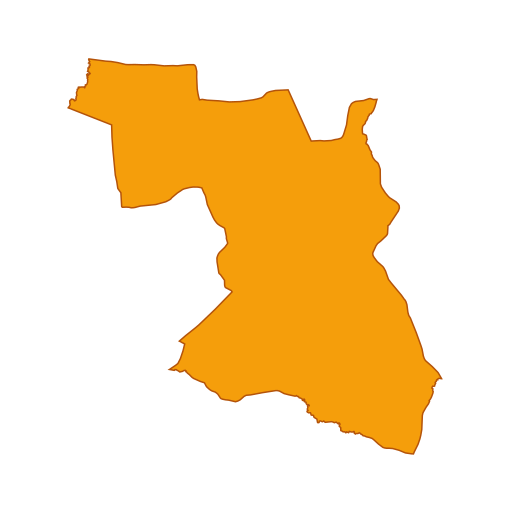 the district of Mueang Roi Et, Roi Et, Thailand, rotated 355°
{"feature_id": "78962969B98295189925556", "entity_name": "Mueang Roi Et", "entity_type": "district", "adm_level": 2, "iso_a3": "THA", "parent_name": "Thailand", "parent_adm1": "Roi Et", "projection": "orthographic", "projection_center": [103.568, 16.014], "detail": "fine", "context": "isolated", "style": "filled", "palette": "amber", "viewbox_px": 512, "rotation_deg": 355, "n_neighbors": 0, "source": "geoboundaries", "source_scale": "gbopen_adm2", "svg_char_len": 6024}
<svg xmlns="http://www.w3.org/2000/svg" viewBox="0 0 512 512"><g transform="rotate(355 256 256)"><path d="M430.2,394.4L427.3,388.2L426.5,387.1L422.0,381.6L416.0,375.3L415.2,374.1L414.6,372.6L414.0,370.2L413.3,363.2L412.5,359.7L409.0,346.5L406.0,336.6L404.4,331.3L403.0,328.5L402.4,325.2L402.1,317.7L401.4,314.6L400.7,313.0L399.9,312.0L397.6,308.0L388.1,294.3L385.9,290.8L383.7,282.2L382.0,278.4L381.0,277.1L376.3,272.2L373.5,267.7L372.6,265.6L372.5,263.9L372.7,262.9L376.5,256.2L378.2,254.2L381.8,251.8L387.8,247.0L388.7,245.8L389.0,245.0L390.0,238.2L389.9,237.5L392.0,236.0L393.4,234.0L401.7,223.6L403.0,220.8L403.0,218.4L402.3,216.8L400.3,214.3L394.2,209.6L392.9,208.1L390.3,204.4L387.1,198.4L386.2,195.0L387.3,180.4L386.3,176.2L385.7,174.4L385.1,173.5L383.2,171.6L382.2,170.2L380.8,167.8L380.4,165.7L379.8,164.4L380.1,162.5L378.8,160.2L377.5,156.0L376.3,154.2L375.9,154.2L375.4,153.7L375.4,152.9L376.1,151.5L376.4,150.1L376.9,149.7L376.7,149.0L376.8,148.2L376.5,147.5L376.6,146.3L376.3,145.3L374.1,144.0L373.1,143.7L372.8,143.0L372.9,139.0L373.5,136.2L374.3,135.2L376.2,133.6L376.8,132.2L376.9,131.5L378.0,130.7L379.2,128.6L379.7,127.0L381.1,125.5L381.2,124.7L381.6,124.5L383.3,124.2L383.7,123.3L384.4,122.8L385.6,121.3L387.4,117.8L389.1,113.4L389.2,112.8L390.2,110.5L386.7,110.4L383.6,109.1L382.4,109.1L376.8,110.5L368.6,110.7L366.2,111.5L364.4,112.6L362.0,116.1L359.6,124.3L357.6,133.3L354.4,141.3L353.5,143.3L352.6,144.6L351.7,145.5L350.7,146.1L347.8,146.7L344.8,146.9L341.1,147.5L333.8,147.3L330.0,146.6L321.0,146.3L302.5,93.3L289.9,92.8L285.3,93.3L283.5,93.6L281.3,94.3L280.5,94.8L276.8,98.1L275.1,98.9L270.7,99.7L266.6,100.2L253.6,100.8L242.9,100.2L232.5,98.2L220.9,96.5L216.1,95.3L213.3,95.5L212.7,92.2L212.3,88.9L212.0,84.4L212.5,72.5L213.1,66.9L212.5,62.4L211.7,60.7L210.6,60.0L204.7,59.5L194.2,59.7L189.9,59.1L181.1,58.6L171.2,56.6L168.1,56.2L161.0,55.8L151.9,54.7L146.0,54.3L142.9,53.9L135.2,51.3L128.5,49.6L123.3,48.8L106.7,45.1L106.5,45.6L106.9,45.9L106.6,46.6L107.3,48.0L106.1,49.1L106.5,49.3L106.5,49.9L107.2,50.0L107.5,51.3L107.1,52.0L106.2,52.4L106.4,53.5L106.0,53.6L105.7,54.1L105.0,54.1L104.9,56.3L104.3,57.3L105.4,58.0L105.7,58.8L106.5,59.4L106.7,59.8L106.5,60.0L105.8,59.9L105.4,60.7L104.8,60.9L104.3,60.7L104.4,60.1L104.2,59.8L103.6,60.2L103.1,60.8L103.3,61.2L104.2,61.7L103.4,62.2L104.1,63.2L103.2,63.9L103.8,65.3L103.5,66.5L103.5,67.9L102.6,70.0L102.1,70.5L101.0,70.7L101.1,71.7L100.3,72.1L100.2,72.6L100.3,72.9L100.0,73.4L99.2,72.7L98.9,72.6L96.6,72.4L95.2,72.5L94.4,72.2L93.6,72.5L93.9,73.6L92.4,74.4L92.4,75.6L91.4,77.5L91.4,79.4L91.6,80.4L90.8,81.4L90.8,82.2L90.3,83.2L90.5,84.0L90.0,85.2L89.6,85.4L88.7,85.6L88.4,85.2L88.3,84.3L86.8,83.8L85.7,83.6L85.0,84.5L84.4,84.8L83.9,85.4L84.0,86.6L83.8,87.4L84.2,88.5L83.6,90.0L82.6,91.2L82.0,91.6L81.8,92.0L123.6,112.8L122.9,125.0L122.7,137.8L122.9,163.2L123.8,169.8L124.2,176.4L124.4,177.0L126.9,181.2L126.5,195.0L126.7,195.4L127.1,195.8L131.2,196.0L133.8,196.4L135.8,197.1L137.8,197.2L139.7,197.1L144.9,196.2L160.7,196.0L170.9,194.1L174.1,192.8L175.9,191.9L177.3,190.5L183.1,186.4L188.8,183.3L190.5,182.8L195.7,182.0L199.4,181.8L204.2,182.3L206.4,182.9L208.0,183.5L209.5,188.2L210.7,191.1L211.1,192.9L212.0,200.5L216.5,213.5L217.8,216.5L219.6,219.5L220.8,220.9L222.7,222.5L226.6,225.1L227.2,225.9L227.3,226.5L228.2,234.1L228.0,236.1L228.9,240.6L228.7,241.2L225.7,244.6L220.0,249.2L218.6,250.9L217.6,252.8L216.9,254.6L216.7,258.4L217.5,269.6L217.8,270.3L219.0,271.5L222.5,277.4L222.2,282.3L222.4,283.9L222.9,284.8L228.2,288.2L229.0,289.4L229.0,289.7L210.6,305.6L192.9,319.8L189.2,322.4L179.1,329.1L172.2,334.1L177.3,337.4L175.0,344.2L171.7,351.7L168.8,356.3L166.4,357.9L159.9,361.5L164.6,362.8L165.1,362.6L165.3,362.1L166.8,362.3L167.4,363.0L168.4,363.5L170.0,364.9L172.8,364.5L174.2,363.8L175.5,363.7L175.7,364.3L176.3,364.5L176.1,364.9L176.2,365.3L176.9,365.7L177.4,366.6L179.3,368.4L181.6,371.2L183.1,372.5L189.6,376.1L193.6,377.8L195.0,381.2L195.6,382.2L197.6,384.4L198.8,385.5L200.2,386.5L203.5,388.0L204.9,389.2L206.0,390.4L208.1,394.3L208.8,395.1L210.4,395.8L213.1,396.6L216.2,397.2L222.9,399.4L225.3,398.9L227.7,397.9L231.9,394.8L234.1,393.9L238.4,393.9L250.6,392.7L264.0,391.8L265.8,392.0L267.6,392.6L272.0,395.5L276.5,397.1L282.6,399.0L283.2,399.0L284.2,398.6L284.9,399.5L286.0,399.7L286.7,401.0L288.0,401.4L289.7,402.7L289.6,403.6L289.8,403.9L290.8,403.8L291.3,402.8L291.7,402.9L292.0,403.7L291.8,404.4L291.3,404.8L291.4,405.2L292.0,405.6L293.1,406.0L293.2,406.3L293.1,407.4L293.9,408.6L295.3,408.7L296.0,409.4L295.9,409.7L295.4,409.4L294.3,410.1L294.5,411.4L293.7,413.0L294.4,414.3L293.3,415.0L293.3,415.5L293.5,415.9L294.7,416.8L296.5,416.9L296.8,417.4L297.0,419.0L297.2,419.3L298.9,419.6L299.4,419.9L299.6,421.3L299.9,421.9L302.1,423.5L302.5,423.9L302.7,426.3L302.8,427.1L303.2,427.5L304.2,427.4L304.4,427.2L304.8,426.0L305.8,425.9L307.6,426.9L308.1,426.8L309.1,426.3L310.4,427.7L316.8,427.6L318.2,428.1L319.5,428.9L321.4,428.5L323.3,430.4L323.8,429.6L324.3,429.6L324.7,430.0L325.0,430.9L324.2,432.3L324.1,432.9L325.4,434.3L325.3,437.3L326.0,437.6L327.5,438.8L328.8,438.8L329.4,439.2L330.0,439.9L330.4,439.8L330.5,439.3L330.9,439.1L332.8,440.1L333.0,440.0L333.6,438.9L333.9,438.9L335.4,439.6L337.4,439.8L337.8,439.4L338.3,439.4L338.7,440.1L338.5,441.1L339.5,442.0L340.3,441.6L342.1,441.7L343.5,441.1L343.9,441.5L344.8,442.0L345.1,442.8L346.3,443.3L347.0,444.4L348.4,444.7L350.1,445.7L353.2,446.7L355.8,447.9L357.3,449.3L361.7,454.1L365.7,457.7L367.3,458.4L369.4,458.9L371.8,459.1L375.4,459.7L381.6,462.0L387.7,465.2L393.6,466.6L395.6,466.9L396.5,465.1L401.0,457.7L403.3,452.5L404.5,449.0L406.0,443.4L407.8,429.4L408.6,426.9L409.4,425.6L412.3,421.4L414.9,418.3L416.2,415.9L415.9,415.1L417.3,413.7L418.5,411.8L420.2,408.2L420.7,406.5L420.3,405.6L420.6,403.7L419.8,403.2L419.8,402.5L420.6,401.1L422.0,401.3L422.6,401.1L422.9,399.9L423.8,398.6L423.5,397.9L423.5,397.5L424.8,396.4L424.9,395.6L425.2,395.1L426.2,395.2L426.2,394.5L427.6,393.8L429.1,394.1L429.7,394.4L430.2,394.4Z" fill="#f59e0b" stroke="#b45309" stroke-width="1.5"/></g></svg>